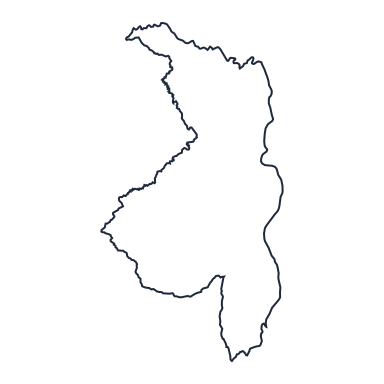 the district of Honda, Tolima, Colombia
{"feature_id": "7082276B8188549982747", "entity_name": "Honda", "entity_type": "district", "adm_level": 2, "iso_a3": "COL", "parent_name": "Colombia", "parent_adm1": "Tolima", "projection": "robinson", "projection_center": [-74.812, 5.18], "detail": "fine", "context": "isolated", "style": "outline", "palette": "slate", "viewbox_px": 384, "rotation_deg": 0, "n_neighbors": 0, "source": "geoboundaries", "source_scale": "gbopen_adm2", "svg_char_len": 5953}
<svg xmlns="http://www.w3.org/2000/svg" viewBox="0 0 384 384"><path d="M203.4,47.6L200.7,48.7L199.8,48.7L199.0,48.0L198.4,46.9L195.4,46.0L193.1,40.9L191.9,41.0L188.5,43.1L186.2,43.1L185.1,42.6L183.0,40.7L178.3,39.0L177.2,38.1L174.3,33.4L172.1,32.1L171.2,31.1L170.1,28.8L167.1,24.5L166.0,23.8L162.9,23.0L161.1,23.1L160.1,25.5L158.5,26.2L157.9,26.3L154.3,24.6L153.8,25.0L153.2,26.6L151.0,26.9L149.5,25.4L148.6,25.4L147.6,26.0L146.4,28.2L143.9,28.1L142.3,29.4L141.3,29.1L141.0,27.3L140.1,26.3L139.3,26.6L137.6,28.7L136.4,29.6L135.4,29.5L133.7,28.2L132.8,29.6L132.0,32.5L128.7,36.5L127.0,37.3L126.4,38.0L126.0,38.9L126.7,39.9L129.2,39.4L131.4,39.9L133.5,39.0L135.3,37.7L138.7,37.5L141.6,42.7L144.2,45.3L146.7,46.0L149.0,48.3L149.5,49.7L151.7,50.4L153.7,52.1L154.3,53.3L155.1,53.2L156.0,53.9L157.6,53.6L158.7,54.9L161.5,54.7L165.9,56.5L168.2,55.8L169.3,56.9L169.4,58.4L171.3,61.0L169.8,62.9L169.7,64.3L170.5,65.5L170.1,66.7L170.4,67.3L172.2,67.3L172.4,69.3L171.9,70.1L169.5,71.3L169.5,72.1L169.2,72.2L169.5,72.8L169.0,73.5L166.8,73.6L165.6,77.6L164.5,77.2L164.1,78.5L162.7,79.0L162.0,79.8L163.3,80.5L163.0,81.7L164.4,81.9L164.4,83.0L165.9,83.1L165.5,84.2L166.7,83.8L166.7,85.0L167.4,85.3L167.2,86.5L168.1,86.5L167.7,87.5L167.7,89.1L168.2,89.1L168.8,88.1L169.2,88.3L169.4,90.9L168.5,91.6L169.4,92.1L169.2,92.8L171.6,93.4L172.2,93.7L172.4,94.6L173.3,95.0L173.1,95.7L172.3,96.2L172.5,96.8L173.2,97.2L173.5,98.3L172.9,100.7L172.9,102.6L173.4,103.1L173.4,102.0L175.0,101.8L175.9,101.2L177.4,103.4L177.5,104.2L176.6,105.4L177.3,106.6L176.8,107.8L177.9,108.8L179.1,108.9L179.9,111.0L181.9,113.4L182.1,115.6L181.8,118.3L182.5,119.6L183.4,120.3L184.0,121.3L185.0,123.8L186.8,125.7L187.5,128.5L188.0,129.1L189.0,129.5L190.1,127.6L191.1,127.4L191.7,127.7L196.6,134.3L196.8,135.0L196.5,136.6L196.9,137.4L193.9,139.7L193.8,141.1L193.0,141.8L187.5,142.5L187.7,143.5L186.9,143.5L186.7,144.1L187.6,145.4L189.0,145.6L188.6,146.6L189.2,147.6L189.2,148.8L188.8,149.5L187.2,149.6L185.5,148.3L184.2,148.0L182.1,149.9L181.8,152.7L178.5,154.0L176.7,155.9L175.2,156.1L172.9,157.3L172.5,159.3L172.7,159.8L173.6,159.5L173.8,160.1L173.6,160.5L172.3,160.7L172.1,161.3L170.0,161.3L169.7,162.4L169.9,163.4L169.2,163.1L166.6,163.4L165.7,165.0L165.0,165.4L163.8,168.2L161.5,169.9L161.3,171.4L159.8,171.1L157.6,171.6L157.2,172.2L157.2,173.8L156.3,174.9L155.7,176.9L154.9,178.2L155.1,182.4L154.6,183.2L152.6,182.3L151.8,183.6L150.7,184.1L149.8,183.9L147.4,185.8L146.6,185.1L145.3,185.8L145.0,185.1L144.4,184.9L144.1,186.3L143.0,187.2L142.9,188.4L142.0,188.3L141.3,188.9L139.6,188.5L139.4,189.6L138.8,189.9L137.8,188.9L137.0,189.4L135.7,188.9L134.3,188.8L133.8,189.5L132.9,189.0L132.8,189.8L132.1,189.7L132.0,190.6L130.4,190.3L130.6,191.6L129.4,191.5L129.0,192.5L128.0,192.9L127.8,194.1L126.7,194.5L126.0,195.8L125.3,196.1L123.8,195.4L122.0,197.2L120.7,197.0L119.4,197.3L118.9,198.4L119.2,200.7L121.7,203.1L123.0,206.4L118.6,208.5L118.1,210.0L113.5,212.5L113.0,213.1L113.0,214.3L114.4,216.2L114.2,217.1L111.7,219.8L110.6,220.1L109.9,222.0L108.6,222.5L107.6,223.5L105.6,223.6L104.8,227.4L101.6,230.0L101.4,231.7L102.3,232.2L104.5,232.4L105.1,233.1L108.8,234.2L110.6,235.1L110.9,236.4L112.2,238.1L110.6,239.8L110.7,241.3L114.1,243.5L114.2,243.9L113.8,244.7L115.5,245.7L115.5,247.3L116.8,248.1L117.9,250.4L123.2,250.8L124.9,252.1L126.3,252.7L126.8,253.2L127.1,255.9L128.8,257.9L130.5,258.5L131.6,259.9L133.7,260.2L136.0,262.2L137.1,264.2L136.6,265.3L136.9,267.6L135.5,271.8L136.3,273.5L137.9,275.0L138.6,277.2L140.5,278.7L140.5,282.1L141.8,284.4L142.1,286.2L145.2,287.5L149.1,288.0L151.4,289.4L153.5,289.0L156.9,291.4L159.1,292.0L161.7,292.1L163.0,293.3L169.5,293.7L172.5,293.2L173.3,293.9L173.9,295.4L174.8,296.3L176.5,296.3L179.1,297.2L181.4,297.3L187.6,296.0L190.5,296.7L194.4,294.2L197.4,292.8L201.2,291.9L201.4,290.0L203.1,288.5L207.7,287.3L210.3,282.4L211.2,281.7L213.0,278.9L214.3,278.0L216.0,276.0L218.7,275.6L220.5,277.5L221.4,277.0L224.0,276.6L223.4,277.6L221.3,288.7L221.3,289.8L221.9,291.1L221.3,292.5L221.3,293.7L222.7,295.9L222.9,297.1L221.9,301.0L221.9,305.7L222.4,308.0L221.6,310.0L220.4,311.7L219.6,316.4L220.3,320.7L220.0,324.9L222.3,328.8L221.3,332.7L221.3,334.9L221.6,336.0L222.7,338.8L223.5,338.9L225.6,343.1L226.5,346.1L226.4,347.0L227.5,347.0L228.3,347.7L230.2,355.4L230.5,359.3L231.1,360.4L231.9,361.0L234.0,358.3L235.9,356.9L236.8,354.4L237.9,354.2L239.3,353.3L240.2,351.9L241.3,351.9L242.2,351.2L242.9,351.1L245.1,353.2L246.2,355.2L247.2,355.4L249.2,351.4L250.0,348.9L250.4,348.5L255.1,346.8L259.7,345.8L260.2,345.4L261.9,341.1L260.8,336.2L261.2,333.4L262.3,332.6L262.5,331.4L261.4,328.9L261.7,325.7L262.5,324.1L263.7,323.6L264.4,324.2L265.6,326.4L266.3,326.8L265.7,322.9L266.3,319.3L269.5,313.9L272.1,307.7L278.3,300.4L280.1,297.5L280.0,292.0L280.4,287.4L278.6,279.7L278.3,277.2L278.7,273.3L277.4,266.4L276.9,264.7L274.9,261.7L274.5,259.2L271.7,255.8L268.7,248.0L265.1,241.4L264.4,239.0L264.0,233.5L264.9,228.3L266.2,225.9L274.6,214.6L277.6,211.2L278.7,208.8L279.4,206.2L280.6,196.8L282.3,193.3L282.6,191.7L282.5,185.8L281.2,179.6L278.3,175.0L276.8,169.4L276.0,168.0L275.0,166.9L272.3,165.8L264.9,165.1L262.2,163.5L261.1,161.6L261.1,159.0L262.0,155.8L263.0,154.2L266.4,151.6L267.2,150.1L267.0,149.1L265.6,147.5L264.7,145.8L264.2,141.4L264.7,134.1L265.6,128.4L267.9,124.2L272.3,120.9L273.1,119.1L271.7,114.4L270.3,107.7L268.8,103.4L268.8,99.8L269.3,97.2L270.5,96.2L271.5,94.3L271.8,91.3L271.3,89.5L269.1,85.4L268.5,81.3L267.7,78.3L264.5,69.5L262.0,64.2L261.4,62.3L258.5,61.4L256.8,62.0L254.0,64.0L252.5,63.7L252.0,63.2L252.0,62.4L253.1,60.0L253.5,58.3L253.0,57.4L252.0,57.2L250.9,57.8L249.0,59.7L247.7,60.4L246.8,63.1L244.1,63.8L243.1,66.1L239.9,68.5L239.4,67.5L239.6,65.1L238.8,63.9L237.4,63.1L233.8,63.1L233.4,61.8L234.0,60.3L235.2,59.7L235.3,58.8L234.9,58.3L230.7,57.8L229.8,58.3L229.5,59.2L228.0,60.9L227.2,60.7L220.4,49.3L218.6,47.4L217.4,47.2L212.6,49.4L211.8,47.8L210.1,46.6L207.6,49.9L204.7,47.8L203.4,47.6Z" fill="none" stroke="#1e293b" stroke-width="2"/></svg>